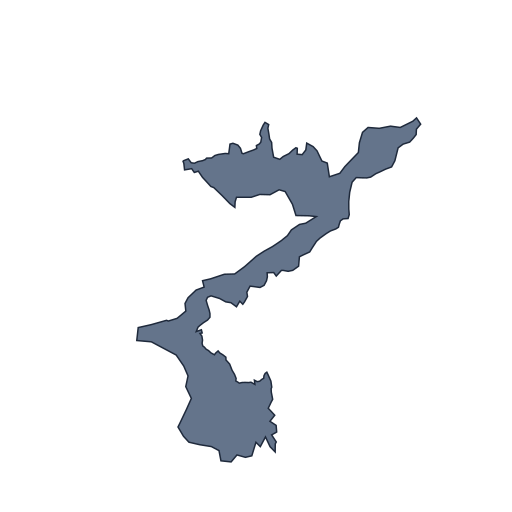 the district of Choli, Paphos, Cyprus, rotated 298°
{"feature_id": "46923920B7711307897542", "entity_name": "Choli", "entity_type": "district", "adm_level": 2, "iso_a3": "CYP", "parent_name": "Cyprus", "parent_adm1": "Paphos", "projection": "mercator", "projection_center": [32.456, 34.982], "detail": "fine", "context": "isolated", "style": "filled", "palette": "slate", "viewbox_px": 512, "rotation_deg": 298, "n_neighbors": 0, "source": "geoboundaries", "source_scale": "gbopen_adm2", "svg_char_len": 3366}
<svg xmlns="http://www.w3.org/2000/svg" viewBox="0 0 512 512"><g transform="rotate(298 256 256)"><path d="M305.4,147.1L303.9,148.8L298.5,152.5L302.9,158.2L300.8,162.3L303.8,165.3L300.3,171.9L298.6,176.8L296.2,183.5L296.6,186.6L293.5,197.5L290.0,208.3L289.0,214.5L294.1,212.1L298.7,211.2L305.6,224.2L312.1,230.4L316.7,239.6L325.3,245.3L326.6,251.5L318.8,263.9L310.5,272.3L316.4,283.9L319.1,290.7L308.3,284.5L304.3,279.6L295.7,275.0L288.7,274.2L281.2,271.0L272.0,266.1L264.2,261.0L255.9,256.4L241.4,251.0L230.1,245.6L225.0,236.6L214.5,226.6L209.1,220.4L204.2,224.8L197.8,219.1L187.3,215.6L180.8,215.6L174.4,219.9L163.9,215.6L157.4,209.1L157.2,207.2L146.1,195.6L137.5,185.6L125.4,190.4L131.1,203.9L131.1,224.5L131.1,232.0L124.9,243.9L118.2,252.3L107.7,255.3L99.9,265.8L90.9,266.4L88.1,266.6L72.3,267.3L68.4,267.4L62.8,276.6L60.1,284.2L62.8,294.3L63.0,295.0L66.8,306.1L66.8,314.7L58.7,321.2L62.5,330.7L71.4,332.6L73.3,341.2L77.6,346.1L91.5,343.4L89.7,349.3L100.7,349.3L94.2,358.0L92.0,364.9L99.2,361.2L100.8,361.2L101.3,361.2L105.4,353.8L110.3,356.9L115.9,353.3L116.6,345.9L124.2,347.3L127.3,338.3L133.9,338.0L137.3,338.0L143.0,333.4L145.9,331.7L147.6,331.5L152.5,327.9L156.6,322.7L158.5,320.1L156.6,319.2L154.2,319.2L151.6,320.2L149.7,319.0L147.1,318.0L145.6,316.0L145.6,312.9L142.1,315.3L142.2,310.8L140.8,308.9L139.7,306.6L139.2,305.6L137.7,303.0L135.9,301.0L136.1,299.3L136.2,296.8L138.6,295.9L141.4,292.6L143.9,288.5L148.2,283.5L150.1,278.3L152.5,276.9L153.2,273.1L153.4,269.5L154.4,267.1L151.2,265.9L149.3,265.7L149.3,261.8L150.2,258.5L150.3,255.7L151.3,253.2L151.6,251.2L153.6,249.4L156.6,248.3L159.9,245.8L161.3,242.9L162.8,244.6L165.2,242.4L161.2,238.7L165.9,238.2L168.4,239.1L172.6,241.0L176.7,243.3L180.3,244.1L183.5,242.4L186.3,240.0L189.4,236.7L193.4,232.8L196.8,232.6L199.7,235.0L201.4,243.8L201.3,250.8L203.0,255.8L202.0,262.6L208.5,262.9L207.2,267.0L210.2,267.4L216.3,267.5L219.7,264.9L226.6,264.9L228.0,268.5L230.1,274.3L233.9,276.9L239.1,276.9L243.0,275.8L246.4,273.7L249.7,279.4L247.8,283.3L255.2,285.2L256.0,286.6L257.6,291.6L260.6,295.2L267.0,298.4L275.7,294.7L279.3,297.3L284.0,300.9L284.8,301.5L289.4,301.8L297.3,302.5L301.9,304.1L308.8,307.5L313.1,310.0L317.4,313.8L320.1,315.3L322.9,314.6L326.7,314.0L329.7,315.5L332.3,319.7L336.3,318.9L341.0,315.9L347.7,312.3L356.3,308.8L366.3,306.2L372.3,307.7L374.9,313.1L377.0,317.2L379.5,320.2L385.0,323.2L388.3,325.8L393.6,329.7L398.3,333.9L405.3,333.9L418.2,330.7L420.3,331.7L423.9,333.4L428.7,338.2L434.0,339.6L438.4,340.4L443.3,338.1L449.7,339.5L453.3,332.9L448.6,331.2L437.2,323.0L433.8,313.8L426.6,304.9L422.1,294.6L415.2,292.0L404.6,294.1L395.4,297.8L376.8,292.5L368.4,291.2L360.4,283.6L371.5,275.3L370.8,269.6L373.5,265.9L377.5,260.5L379.4,255.1L379.5,247.8L373.0,250.2L367.2,249.2L365.2,244.5L370.5,241.9L370.3,240.4L366.8,238.7L361.9,237.1L356.6,233.3L352.5,231.6L351.5,225.2L358.7,219.5L363.6,216.5L365.7,213.1L369.9,210.0L374.4,206.5L378.0,205.5L378.2,201.2L375.0,200.9L368.7,201.3L365.2,202.3L363.3,205.3L358.7,206.8L356.4,206.3L353.7,204.5L351.3,206.2L348.5,204.1L344.9,200.8L340.4,196.9L340.1,195.4L343.8,191.7L345.4,187.9L344.7,182.7L342.6,180.5L338.1,182.2L333.5,183.9L332.1,180.7L328.0,175.1L325.4,172.5L321.7,170.8L319.2,166.4L317.4,166.0L315.1,164.1L312.1,160.4L309.0,158.1L307.9,155.0L310.0,150.6L306.2,147.4L305.4,147.1Z" fill="#64748b" stroke="#1e293b" stroke-width="1.5"/></g></svg>